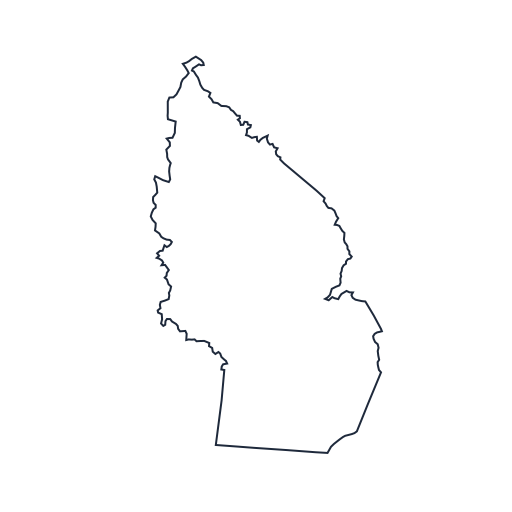 Irati, Paraná, Brazil, rotated 78°
{"feature_id": "56859067B75703709813963", "entity_name": "Irati", "entity_type": "district", "adm_level": 2, "iso_a3": "BRA", "parent_name": "Brazil", "parent_adm1": "Paraná", "projection": "albers", "projection_center": [-50.894, -25.488], "detail": "fine", "context": "isolated", "style": "outline", "palette": "slate", "viewbox_px": 512, "rotation_deg": 78, "n_neighbors": 0, "source": "geoboundaries", "source_scale": "gbopen_adm2", "svg_char_len": 3714}
<svg xmlns="http://www.w3.org/2000/svg" viewBox="0 0 512 512"><g transform="rotate(78 256 256)"><path d="M448.5,193.8L424.3,177.5L395.8,157.9L393.1,159.4L390.4,159.5L387.8,159.5L385.1,159.1L383.1,157.1L379.1,157.1L374.3,156.7L371.3,155.2L367.6,155.3L364.9,157.4L361.4,158.2L358.8,158.1L356.8,156.1L355.9,153.4L355.9,151.0L355.8,148.5L353.3,148.9L338.7,153.2L323.2,158.5L322.2,161.7L320.9,164.6L319.4,167.8L317.0,170.1L314.1,170.8L311.8,168.8L311.0,172.1L309.0,174.7L310.9,180.3L312.9,182.5L315.3,184.5L313.6,188.0L312.0,189.9L314.4,194.1L312.3,197.3L311.4,194.6L309.4,191.7L303.9,188.7L302.7,184.2L302.1,180.5L299.7,178.8L295.7,178.3L293.6,176.9L290.9,177.0L288.4,175.3L285.7,174.4L283.3,172.2L282.3,169.6L280.1,169.1L278.2,166.8L278.1,164.2L276.5,162.5L273.5,164.3L270.9,163.7L268.0,165.0L265.5,164.5L263.1,165.3L261.2,166.4L258.1,166.6L254.8,165.5L251.8,164.7L249.3,166.4L246.2,167.5L243.9,168.2L242.5,170.3L241.8,172.5L239.1,170.6L236.1,167.7L233.7,168.9L230.9,169.3L227.9,169.9L225.1,172.2L224.0,175.2L221.7,176.4L219.2,177.0L216.5,178.5L213.7,176.8L204.7,183.2L183.7,199.6L171.3,209.3L166.7,212.3L164.6,211.6L162.9,213.9L160.7,215.1L157.8,214.9L155.1,212.5L153.5,215.7L149.8,216.5L149.9,219.2L147.4,220.6L143.4,221.0L140.7,219.6L141.9,224.8L143.3,227.6L145.0,229.5L143.3,230.9L139.6,230.4L139.4,232.9L139.6,235.5L136.9,238.3L135.7,240.6L133.3,239.2L130.1,238.5L129.0,234.8L126.9,233.8L125.7,236.6L123.3,236.6L122.3,239.3L125.0,241.2L124.7,243.6L121.3,243.8L118.9,245.4L117.9,243.1L115.5,242.8L114.8,245.4L112.3,246.8L109.6,248.2L107.9,250.1L105.0,251.3L103.3,253.9L102.0,258.7L98.5,261.7L96.9,265.8L93.4,266.9L90.3,268.9L87.0,266.7L84.8,268.9L82.7,272.3L80.3,273.7L76.8,274.8L73.2,275.1L69.4,275.7L66.3,277.1L62.6,278.4L61.3,280.1L59.3,278.7L58.3,275.9L56.7,271.9L58.0,270.1L58.3,267.4L55.9,267.4L53.0,268.9L48.5,273.4L49.9,277.8L51.5,281.0L52.4,283.8L52.8,287.6L56.1,286.1L60.1,284.6L63.1,283.8L65.9,287.1L68.0,290.9L70.9,293.1L75.0,294.8L78.0,297.3L81.4,300.2L83.6,303.8L83.0,307.8L86.6,310.2L97.6,312.5L100.4,313.3L103.9,313.7L107.8,306.6L113.8,308.6L118.7,309.8L123.0,313.1L122.5,316.3L122.6,318.9L126.9,316.7L130.4,317.3L133.3,321.6L137.6,321.7L140.8,322.3L143.2,322.0L147.4,320.1L149.3,321.2L151.8,322.4L155.3,323.4L159.6,323.8L163.2,324.0L165.5,325.9L163.8,328.9L162.4,331.3L159.1,335.3L157.0,338.0L159.9,339.6L163.4,338.6L167.5,338.7L173.5,339.4L175.5,342.1L176.9,344.3L179.9,345.2L182.7,345.1L185.2,343.5L187.9,344.1L189.0,346.6L192.0,348.9L195.4,350.7L199.2,349.7L203.2,347.3L206.6,348.2L210.0,349.5L213.8,345.9L217.5,344.7L219.4,342.9L221.4,340.0L222.4,336.9L224.8,335.4L226.7,337.0L228.0,339.1L228.7,341.4L226.5,343.3L228.8,344.7L231.4,346.2L231.1,348.9L232.8,352.2L235.6,350.7L237.2,353.5L238.5,351.2L240.8,348.9L243.2,348.1L245.4,350.3L245.8,346.8L248.9,345.4L251.6,344.2L254.1,346.8L256.7,347.6L258.2,349.8L260.5,348.0L265.5,347.4L268.2,345.4L271.9,347.1L274.0,348.9L276.6,349.0L280.0,350.4L280.7,354.5L281.1,358.8L283.8,360.2L287.2,360.3L288.8,363.5L291.0,363.5L293.3,360.3L298.4,361.0L302.3,362.9L305.1,361.2L304.4,359.1L300.9,358.1L299.1,356.2L299.9,353.0L302.6,351.8L305.8,348.4L308.1,347.1L311.0,347.3L313.9,346.0L314.6,340.7L317.7,340.0L323.7,341.7L323.6,339.2L324.5,336.1L324.8,333.4L327.0,331.9L327.5,328.6L328.3,324.3L331.4,319.8L334.4,320.7L336.8,318.0L340.6,318.2L343.4,316.1L342.1,312.7L344.0,311.3L347.6,310.8L350.7,308.6L352.4,307.2L355.2,306.6L355.1,310.7L357.0,312.5L359.8,313.5L360.9,310.7L390.2,319.7L425.4,332.1L432.5,334.6L438.4,314.3L443.1,298.3L452.3,266.0L460.4,238.3L463.5,227.0L460.7,224.5L458.2,222.3L456.0,218.8L454.5,215.8L452.7,212.1L451.1,208.5L450.4,206.1L450.3,203.3L450.1,199.2L449.7,196.5L448.5,193.8Z" fill="none" stroke="#1e293b" stroke-width="2"/></g></svg>